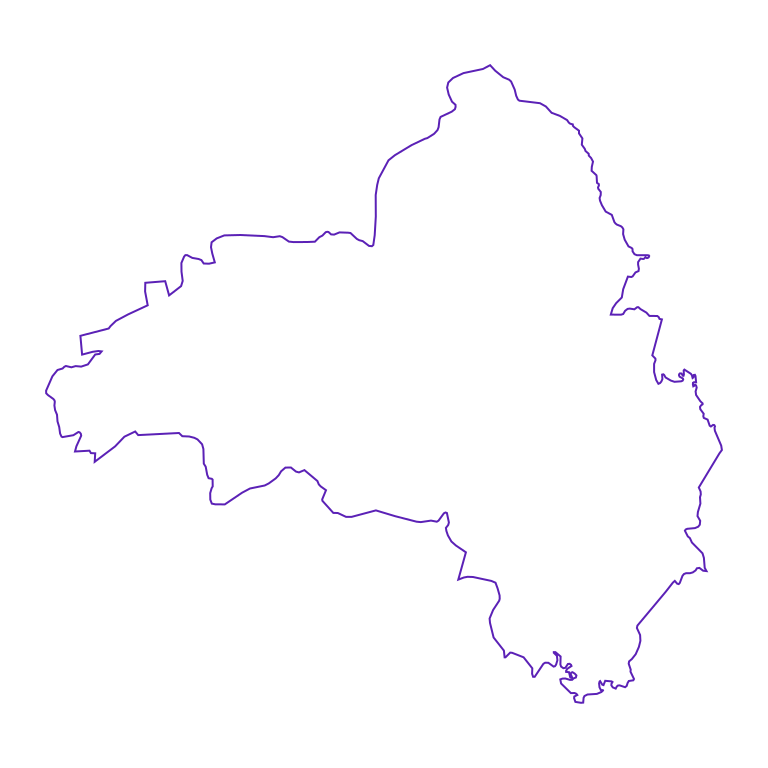 outline of Krong Pac, Đắk Lắk, Vietnam
{"feature_id": "81297802B85821133415944", "entity_name": "Krong Pac", "entity_type": "district", "adm_level": 2, "iso_a3": "VNM", "parent_name": "Vietnam", "parent_adm1": "Đắk Lắk", "projection": "robinson", "projection_center": [108.37, 12.687], "detail": "fine", "context": "isolated", "style": "outline", "palette": "violet", "viewbox_px": 768, "rotation_deg": 0, "n_neighbors": 0, "source": "geoboundaries", "source_scale": "gbopen_adm2", "svg_char_len": 6073}
<svg xmlns="http://www.w3.org/2000/svg" viewBox="0 0 768 768"><path d="M224.3,235.4L216.7,238.4L211.6,242.3L211.0,247.2L212.3,253.6L214.8,262.4L209.0,263.7L203.7,263.5L201.4,260.1L198.6,259.0L192.3,257.9L187.1,255.1L185.4,255.1L184.1,256.6L181.4,263.0L181.5,271.7L182.7,280.9L181.1,286.1L169.1,295.4L165.2,281.2L145.3,282.8L145.1,291.5L147.7,305.3L128.1,314.4L115.9,320.9L110.5,326.1L108.7,328.5L80.4,335.8L82.1,354.6L92.7,351.8L98.4,351.0L101.6,351.4L99.5,353.9L95.2,354.5L87.9,364.4L81.2,366.6L75.6,366.1L71.4,367.3L65.9,366.0L64.3,366.8L62.6,368.5L57.5,370.0L52.4,376.3L46.1,390.7L46.2,393.3L48.0,395.1L53.4,399.0L54.5,400.4L54.8,401.8L54.4,405.5L55.1,410.1L57.0,414.7L57.5,421.4L59.2,427.0L60.1,433.6L61.5,436.6L62.5,437.1L73.4,435.2L78.4,432.0L79.6,432.3L80.8,433.7L81.2,435.7L76.4,446.3L75.0,451.5L89.5,450.7L90.9,453.1L95.2,453.3L94.7,461.8L115.1,446.4L124.4,436.7L135.2,431.5L138.2,435.1L179.0,433.0L182.3,436.2L189.2,436.5L194.3,437.8L197.5,439.4L202.1,444.3L203.4,449.0L203.8,463.7L205.7,466.7L207.2,474.8L208.6,478.2L211.8,478.8L212.6,479.6L212.7,486.4L211.6,488.3L210.2,493.1L210.3,499.6L211.8,503.6L215.2,504.3L224.8,504.4L242.1,492.7L250.0,488.5L264.7,485.5L268.8,483.4L275.7,478.4L278.8,475.1L281.1,471.3L285.4,467.6L290.9,467.5L296.0,471.6L299.0,472.4L304.4,470.1L317.4,481.0L318.8,484.4L320.7,486.4L326.0,490.2L322.2,499.4L322.4,500.8L333.3,512.9L337.8,513.0L346.1,516.9L351.5,516.9L375.9,510.4L395.2,516.2L416.6,521.7L420.8,522.1L431.0,520.6L436.8,521.7L438.5,520.7L443.9,513.3L445.5,512.5L446.9,513.0L448.9,522.5L448.2,525.0L445.9,527.9L446.4,531.0L447.9,535.4L451.4,541.5L455.9,545.5L465.9,552.3L458.3,579.6L463.9,577.5L467.6,576.8L473.0,577.0L491.3,580.9L495.5,582.7L497.6,588.4L499.6,595.5L499.7,598.8L499.2,600.7L493.1,610.0L489.6,618.5L490.0,622.9L493.6,637.5L503.9,650.6L504.6,657.3L505.5,657.3L510.2,652.6L512.1,652.8L523.6,657.3L532.3,668.3L532.1,673.8L533.1,676.8L534.7,676.8L543.4,663.8L545.2,662.7L548.4,662.8L553.6,666.6L555.0,666.2L556.1,664.6L557.4,660.2L556.9,655.8L553.8,652.8L553.8,652.1L555.4,652.1L560.6,656.5L560.4,664.5L561.1,666.6L563.4,668.2L565.4,667.8L567.9,664.0L569.6,663.8L571.0,664.8L571.5,666.0L567.3,668.8L566.1,670.8L566.1,671.9L569.0,672.2L570.2,677.2L571.2,677.8L572.1,677.4L570.6,673.9L571.3,672.6L572.5,672.2L574.7,673.6L576.4,675.4L575.9,677.5L573.6,678.4L572.2,679.8L570.1,679.9L565.3,678.5L562.5,678.6L560.3,679.4L561.1,683.5L570.9,693.1L574.5,693.0L576.4,693.8L577.3,695.0L574.3,696.5L574.1,698.2L575.4,701.9L581.0,702.8L583.2,702.6L583.6,697.8L584.5,696.0L587.5,694.5L596.9,693.9L601.4,692.0L603.0,690.5L602.8,690.1L600.9,690.1L599.5,687.3L599.1,683.4L599.6,681.5L600.1,681.1L602.3,684.7L603.5,685.1L605.2,680.8L611.6,681.4L612.5,682.0L611.4,683.9L611.4,685.4L612.8,687.4L615.7,688.6L616.8,686.5L618.0,685.5L619.7,685.4L625.1,687.2L626.7,685.9L627.6,683.0L628.8,681.0L633.3,680.3L634.0,679.0L630.5,671.7L630.7,669.6L628.7,663.7L629.1,661.4L631.9,659.0L635.7,654.2L638.9,646.9L640.4,640.8L640.1,635.0L636.9,628.0L637.4,625.6L665.7,591.8L672.9,582.6L674.8,580.9L677.2,583.7L678.7,584.1L679.8,582.9L682.5,575.8L684.0,574.0L686.1,573.2L690.0,573.2L692.8,572.4L695.6,570.4L696.9,568.3L699.4,567.9L703.1,570.7L706.5,571.1L704.7,567.8L703.9,557.9L702.5,553.3L691.9,542.5L689.9,538.1L687.8,536.4L684.9,530.7L685.7,529.5L687.3,528.8L695.0,528.1L698.2,526.7L699.8,524.7L700.2,520.8L697.5,516.1L697.9,512.0L700.4,503.6L700.0,497.2L700.8,494.5L700.6,491.5L698.8,487.5L719.4,453.4L721.9,450.0L721.2,445.6L714.9,430.8L714.5,427.8L715.0,426.4L714.3,425.1L713.1,424.9L710.9,426.5L709.7,425.7L707.6,419.6L703.8,417.9L703.3,416.2L703.7,413.8L700.3,409.2L700.0,406.9L701.0,405.4L702.6,404.3L702.6,403.4L700.4,401.3L696.1,395.0L695.6,391.4L696.7,387.6L696.1,385.5L695.4,384.8L694.8,384.8L694.2,385.8L693.3,386.3L692.9,384.6L693.0,382.8L694.0,382.2L696.1,382.3L695.5,376.0L694.9,374.8L693.8,375.0L693.4,377.4L692.6,378.0L691.9,375.3L690.9,373.8L684.4,369.6L683.7,370.4L683.9,374.6L683.5,375.8L682.8,375.7L681.5,373.5L679.9,373.4L679.1,374.3L679.0,375.3L679.6,376.7L682.9,378.5L683.2,379.6L682.6,380.7L681.2,381.3L674.5,381.8L670.9,380.6L665.6,377.5L664.1,374.9L663.3,374.3L662.1,374.6L662.4,379.1L661.3,381.6L660.0,383.1L658.4,383.8L656.2,380.0L654.1,372.1L654.1,363.9L655.5,360.2L655.4,358.6L652.3,355.4L661.9,319.4L659.5,318.9L658.7,317.1L657.3,316.0L649.4,315.9L646.4,312.6L640.5,309.1L638.4,307.2L637.2,307.2L634.4,309.3L629.8,308.6L627.6,308.9L625.1,310.8L623.2,314.0L621.0,314.7L610.8,314.6L612.7,308.2L616.2,303.1L621.8,297.5L623.2,289.2L627.9,276.6L631.3,277.0L632.6,276.4L635.5,272.4L638.5,271.1L638.9,268.8L638.1,264.6L638.1,262.1L640.5,258.6L643.2,259.0L644.1,258.7L645.4,257.2L646.9,258.1L647.6,258.0L648.7,257.3L649.2,256.0L648.8,255.4L647.4,255.2L636.9,255.2L634.5,254.2L632.6,251.4L632.5,249.0L631.7,248.0L628.5,246.4L624.7,239.7L623.1,234.1L623.4,229.3L622.3,227.4L620.9,226.2L616.9,224.6L615.5,223.5L614.4,222.1L611.8,214.9L605.7,211.6L601.9,205.2L600.0,200.6L599.6,198.0L600.7,195.1L600.8,192.0L598.3,188.8L598.0,187.4L598.9,185.5L598.8,184.1L597.0,182.8L596.6,176.0L596.3,175.1L591.6,170.8L591.8,166.9L593.0,161.6L591.1,158.0L588.8,155.6L588.7,153.8L585.5,151.0L584.8,148.9L581.8,144.7L582.4,138.4L579.0,133.4L579.0,130.7L574.2,127.2L572.9,125.8L572.8,124.4L570.2,123.7L568.8,122.6L567.1,120.1L559.9,115.9L551.6,112.8L545.9,106.5L540.0,103.2L519.4,100.7L517.9,99.5L516.2,95.8L514.7,89.6L511.1,81.5L509.1,79.7L503.2,77.2L495.2,70.7L490.1,65.2L482.9,69.0L463.5,73.1L453.0,78.0L448.3,82.5L447.1,87.6L448.7,94.5L452.0,101.7L455.5,104.8L455.6,106.9L454.9,109.2L451.7,111.7L440.6,116.9L439.5,119.4L438.6,127.2L437.5,130.1L434.1,133.8L427.3,138.1L424.8,138.8L411.6,145.1L394.9,155.2L388.5,160.3L378.8,178.3L377.2,184.9L375.7,195.0L375.8,216.7L374.7,235.2L373.3,245.0L371.9,246.2L369.0,245.9L362.7,241.1L359.2,240.2L356.8,238.9L350.5,233.0L348.1,232.7L339.5,232.4L334.1,234.6L331.1,234.4L328.5,232.0L327.2,231.8L325.7,232.2L322.4,235.6L319.3,237.2L314.9,241.7L307.5,242.0L293.7,242.1L288.9,241.6L282.4,237.1L279.8,236.2L273.1,237.2L264.3,236.1L240.5,235.0L224.3,235.4Z" fill="none" stroke="#5b21b6" stroke-width="2"/></svg>